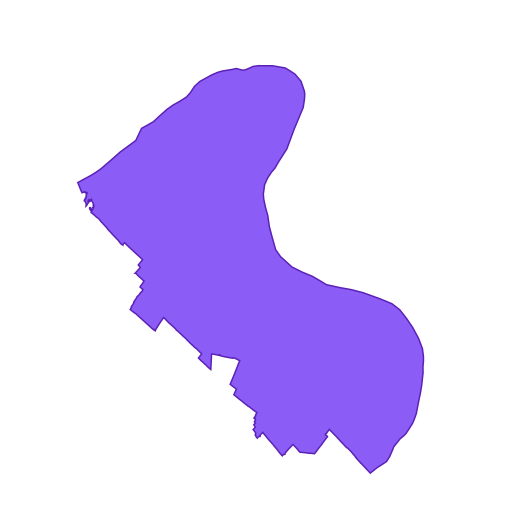 outline of Burila Mare, Mehedinti, Romania, rotated 102°
{"feature_id": "2599482B63119685447246", "entity_name": "Burila Mare", "entity_type": "district", "adm_level": 2, "iso_a3": "ROU", "parent_name": "Romania", "parent_adm1": "Mehedinti", "projection": "robinson", "projection_center": [22.586, 44.474], "detail": "fine", "context": "isolated", "style": "filled", "palette": "violet", "viewbox_px": 512, "rotation_deg": 102, "n_neighbors": 0, "source": "geoboundaries", "source_scale": "gbopen_adm2", "svg_char_len": 5954}
<svg xmlns="http://www.w3.org/2000/svg" viewBox="0 0 512 512"><g transform="rotate(102 256 256)"><path d="M331.8,367.5L332.1,367.2L332.3,367.2L333.4,367.6L333.7,367.7L334.5,367.9L334.7,367.5L335.3,366.4L336.5,363.9L337.1,362.6L337.1,362.3L337.1,362.2L341.3,355.0L342.4,353.1L344.9,348.8L345.2,348.2L346.7,345.7L347.7,343.9L348.1,343.4L349.5,340.8L349.1,340.5L350.2,339.0L349.9,338.9L349.2,338.9L348.2,338.6L342.2,336.4L335.4,333.6L336.0,332.6L336.5,331.7L339.2,327.8L340.0,326.5L340.4,325.5L341.7,323.5L342.5,322.0L343.8,319.9L345.1,318.3L345.4,317.7L345.7,316.9L347.0,315.0L347.8,313.4L348.6,312.2L349.3,311.2L350.4,309.1L350.6,308.9L351.1,307.8L351.9,306.7L352.2,306.4L352.7,305.7L353.0,305.2L353.1,304.9L354.9,302.4L355.1,302.0L355.3,301.5L355.9,300.7L356.3,300.0L356.5,299.5L356.9,298.9L357.2,298.5L358.4,296.5L358.9,295.4L359.2,294.6L359.7,294.0L363.0,288.9L363.3,288.9L364.0,289.2L367.7,291.1L367.8,291.1L368.0,290.8L370.3,287.2L371.2,285.3L371.7,284.8L372.4,283.6L372.7,282.9L373.4,281.7L374.2,280.7L374.8,279.7L375.3,278.9L375.3,278.6L376.4,276.9L376.5,276.6L361.1,279.1L361.0,278.4L360.9,277.1L360.8,271.3L360.2,271.3L360.2,270.7L360.8,270.6L361.0,270.4L361.0,269.6L361.1,265.6L361.0,264.4L361.0,261.5L360.9,258.9L360.8,257.7L360.7,257.1L360.5,256.8L360.2,256.7L360.1,256.4L360.8,253.8L361.8,250.1L364.6,250.7L370.3,251.6L372.6,252.0L376.8,252.7L386.9,254.6L388.5,251.3L390.2,247.5L396.3,248.8L399.6,242.4L400.7,240.0L402.0,237.6L402.8,236.0L404.0,233.6L404.7,232.2L404.7,231.7L407.5,226.0L408.9,222.7L409.9,222.9L411.7,223.4L412.3,223.1L414.9,224.3L415.0,223.7L414.7,223.4L414.8,223.3L415.4,223.4L415.7,222.9L416.2,222.7L416.5,222.3L417.3,222.8L418.2,222.9L418.5,223.1L419.6,221.9L421.6,223.1L422.5,222.0L423.5,221.1L426.4,222.7L427.2,221.6L429.3,219.4L431.2,219.6L432.0,218.7L432.6,218.5L433.2,217.8L433.9,216.9L432.5,216.1L432.0,215.5L431.7,215.3L431.5,215.0L431.6,214.5L431.4,214.5L431.1,215.0L430.3,214.6L427.1,212.7L428.1,211.6L433.1,205.3L434.0,204.1L435.4,202.1L436.1,201.3L436.4,200.6L437.2,199.8L437.9,198.9L441.5,194.4L443.5,192.2L444.9,190.2L445.5,189.6L446.0,188.7L445.3,188.3L444.5,188.1L444.5,187.5L444.0,186.6L443.7,186.4L443.0,186.4L442.5,186.5L442.0,186.2L441.1,185.6L438.8,184.4L435.7,182.5L432.7,180.7L433.3,179.7L436.0,175.8L436.4,175.4L438.7,172.5L438.8,171.9L438.5,170.2L438.1,165.6L437.9,163.2L437.5,160.7L437.3,157.9L437.2,157.6L435.3,156.7L429.1,153.8L426.8,152.6L425.3,152.0L422.4,150.7L417.9,148.5L417.7,148.5L417.5,148.8L416.8,150.0L416.4,151.0L416.1,151.2L415.1,150.6L414.9,150.2L413.6,149.7L410.4,148.3L412.2,145.5L416.0,139.8L420.5,133.5L420.4,133.5L424.3,128.0L424.7,127.4L424.5,127.1L424.8,126.5L427.9,121.8L428.1,121.7L432.1,116.5L432.3,116.6L436.5,110.9L436.4,110.9L436.7,110.4L444.6,99.1L439.6,95.0L437.7,93.4L434.9,90.5L429.9,85.6L424.6,83.6L416.3,81.9L414.3,81.7L411.6,80.4L405.0,77.1L401.0,74.0L398.3,72.3L392.4,70.0L387.2,68.1L383.2,67.3L379.7,66.8L376.4,66.4L375.3,66.5L362.3,66.7L355.4,66.7L347.6,67.1L335.6,68.3L329.4,69.7L324.2,70.3L319.2,71.4L311.9,74.0L302.9,79.8L293.1,88.1L285.5,96.1L278.6,104.4L274.4,113.2L272.1,125.8L269.6,143.9L269.1,156.0L269.5,167.4L269.4,181.1L266.4,189.8L264.1,196.8L262.1,207.8L259.3,218.5L251.5,231.9L245.7,238.1L233.7,244.4L224.6,249.0L214.0,252.9L206.3,256.9L198.9,260.2L193.9,261.7L184.5,262.4L177.4,260.9L170.8,258.3L166.1,255.7L159.5,253.6L144.9,248.1L123.8,245.0L100.9,240.7L92.5,241.2L87.9,241.9L84.8,242.9L75.7,248.3L70.0,255.7L68.6,259.2L66.0,266.4L66.5,279.6L68.1,286.9L69.3,293.0L71.1,298.1L75.5,304.2L76.6,306.2L77.0,308.3L76.7,314.3L78.3,317.7L82.1,327.5L84.4,331.8L88.1,337.0L96.8,347.1L102.8,351.4L109.7,354.1L114.9,357.0L120.6,362.8L125.2,368.1L131.0,373.5L139.0,379.4L145.9,384.2L148.7,387.3L152.0,391.1L155.0,394.5L168.0,397.6L182.8,410.7L192.7,418.0L202.9,425.8L206.6,429.2L211.2,433.9L221.2,445.6L228.5,440.7L230.3,439.3L229.3,438.0L229.6,437.5L229.3,437.1L229.2,436.6L229.1,436.8L228.8,436.7L229.2,436.2L229.2,435.9L229.5,435.6L229.1,435.2L229.1,434.8L229.1,434.5L229.7,434.1L230.0,434.3L230.5,435.1L231.4,434.6L232.2,434.4L232.5,434.6L232.9,434.5L233.0,434.7L234.1,434.2L234.5,434.4L235.0,435.1L236.0,434.7L236.6,435.4L236.9,435.3L237.3,435.3L237.6,435.4L237.6,435.1L237.8,435.0L238.2,434.7L238.6,434.1L241.1,432.4L241.3,432.5L241.3,432.8L241.8,432.8L242.0,432.6L242.4,432.6L242.5,432.6L242.1,432.3L239.4,431.4L238.6,430.9L238.1,430.9L238.1,431.1L237.9,431.3L237.4,431.3L237.3,431.5L236.7,431.7L235.8,431.2L235.7,430.8L236.0,430.8L235.9,430.5L236.1,430.2L236.7,430.2L237.1,429.8L236.7,429.4L236.1,429.0L235.5,429.0L234.8,428.8L235.0,428.6L235.5,428.4L236.2,428.1L237.7,426.8L239.0,425.9L239.6,425.4L239.9,425.3L240.3,425.8L240.7,425.6L240.9,425.3L241.4,424.8L241.9,424.9L241.7,425.3L242.6,425.8L243.1,425.5L243.3,425.2L244.9,425.4L245.0,425.6L245.0,425.9L244.1,427.0L243.3,427.6L243.1,428.1L243.3,428.7L243.7,428.8L244.2,428.6L244.9,428.2L245.8,427.3L246.5,426.4L246.4,426.1L246.6,426.0L247.4,426.2L247.7,426.3L247.8,426.3L247.8,426.0L248.8,424.1L249.9,422.2L250.1,421.8L250.4,421.2L250.6,420.9L250.9,420.6L251.8,418.5L252.0,418.0L252.9,416.7L254.5,414.9L255.8,412.9L256.7,411.8L257.0,411.1L257.7,410.3L259.1,408.3L260.8,406.3L261.4,405.6L262.7,403.6L265.0,400.5L265.4,399.8L265.9,399.1L267.9,396.2L268.2,395.7L269.6,393.6L271.0,392.2L271.8,391.1L272.4,390.3L272.6,389.8L272.7,389.4L272.8,389.2L272.8,388.7L273.0,388.4L272.5,388.4L272.0,388.3L270.8,387.7L270.6,387.6L270.3,387.3L273.9,381.7L283.1,366.2L287.2,368.2L289.3,369.3L289.7,368.9L290.8,367.2L291.0,367.0L291.2,366.8L291.5,366.9L295.0,368.9L296.0,369.5L298.0,370.6L297.9,370.2L298.0,369.9L298.3,369.4L298.5,369.1L299.0,368.4L300.4,366.3L301.1,364.9L302.9,362.0L303.8,360.3L306.1,361.2L307.6,361.8L308.8,362.4L310.2,363.0L310.4,363.0L310.6,362.8L312.4,359.6L315.0,360.4L315.3,361.0L315.6,361.2L319.2,362.8L319.5,363.0L319.8,363.5L320.0,363.5L321.1,364.1L321.7,364.1L326.1,365.9L326.6,366.0L327.1,365.7L327.4,365.8L331.8,367.5Z" fill="#8b5cf6" stroke="#5b21b6" stroke-width="1.5"/></g></svg>